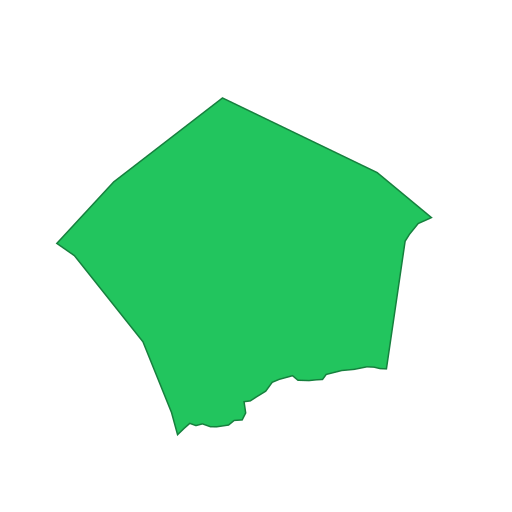 outline of São Paulo do Potengi, Rio Grande do Norte, Brazil, rotated 155°
{"feature_id": "56859067B7948406347889", "entity_name": "São Paulo do Potengi", "entity_type": "district", "adm_level": 2, "iso_a3": "BRA", "parent_name": "Brazil", "parent_adm1": "Rio Grande do Norte", "projection": "albers", "projection_center": [-35.745, -5.935], "detail": "fine", "context": "isolated", "style": "filled", "palette": "green", "viewbox_px": 512, "rotation_deg": 155, "n_neighbors": 0, "source": "geoboundaries", "source_scale": "gbopen_adm2", "svg_char_len": 672}
<svg xmlns="http://www.w3.org/2000/svg" viewBox="0 0 512 512"><g transform="rotate(155 256 256)"><path d="M110.9,280.3L219.6,413.4L353.6,383.3L431.2,351.6L420.4,333.0L394.7,226.0L396.8,185.9L398.7,149.9L402.6,127.2L393.9,130.2L386.7,132.3L382.1,127.7L375.5,126.5L369.4,120.5L363.7,117.8L352.3,114.4L345.3,116.2L337.8,113.3L331.7,118.1L328.4,129.0L322.4,127.1L315.5,128.1L304.3,129.4L294.7,134.7L287.1,134.4L273.5,132.1L270.5,125.7L260.6,120.7L253.9,118.4L247.9,116.0L242.4,119.0L226.7,116.0L215.0,111.8L202.3,108.7L196.0,105.4L191.1,101.5L185.5,98.6L114.6,206.4L107.6,210.9L95.3,216.9L80.8,216.7L110.9,280.3Z" fill="#22c55e" stroke="#15803d" stroke-width="1.5"/></g></svg>